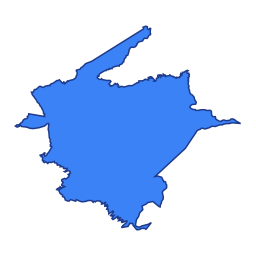 the district of Chapada dos Guimarães, Mato Grosso, Brazil
{"feature_id": "56859067B35702518946002", "entity_name": "Chapada dos Guimarães", "entity_type": "district", "adm_level": 2, "iso_a3": "BRA", "parent_name": "Brazil", "parent_adm1": "Mato Grosso", "projection": "albers", "projection_center": [-55.544, -15.094], "detail": "fine", "context": "isolated", "style": "filled", "palette": "blue", "viewbox_px": 256, "rotation_deg": 0, "n_neighbors": 0, "source": "geoboundaries", "source_scale": "gbopen_adm2", "svg_char_len": 5724}
<svg xmlns="http://www.w3.org/2000/svg" viewBox="0 0 256 256"><path d="M15.4,126.1L16.8,127.0L17.6,127.0L19.6,126.2L20.5,125.2L21.6,126.5L26.6,127.1L30.1,128.3L33.1,128.6L39.0,127.7L44.6,126.0L47.4,123.6L48.4,123.5L48.8,124.0L48.2,129.3L48.9,132.3L49.3,137.8L50.3,139.6L50.0,141.3L51.0,143.4L50.3,144.9L50.4,146.3L51.5,146.3L51.9,146.8L48.4,152.8L47.2,153.6L47.2,154.5L45.7,156.0L44.9,156.3L44.3,155.4L45.0,153.1L44.2,152.9L42.8,154.4L40.1,155.2L40.4,155.8L41.5,156.1L41.3,156.7L42.4,157.0L42.8,158.0L42.4,158.9L42.5,160.6L43.8,160.6L43.4,161.8L44.3,162.6L45.8,161.8L47.8,163.5L48.6,162.3L51.4,162.5L54.3,161.4L54.6,162.8L57.0,163.2L57.1,164.9L57.7,165.3L58.8,164.8L60.7,165.6L60.1,166.7L62.4,166.7L63.8,167.3L63.6,168.5L64.2,168.7L67.2,168.4L66.7,169.8L65.2,171.3L64.4,171.6L65.2,172.0L68.0,170.6L69.7,171.2L70.2,172.0L69.9,172.6L70.3,173.4L69.3,173.6L69.2,174.4L68.2,174.5L69.2,175.7L68.5,176.3L68.5,177.0L65.9,179.0L64.7,178.4L61.9,179.5L61.7,180.2L62.0,181.4L63.2,182.2L61.7,184.7L61.8,185.4L64.8,186.6L63.6,187.4L63.0,187.1L61.1,188.7L60.2,188.9L61.4,187.5L60.1,186.7L59.7,187.8L58.5,188.0L56.6,189.4L57.1,189.9L58.3,189.6L59.2,190.7L59.1,191.3L60.3,193.7L62.6,195.0L62.4,196.2L63.0,196.9L64.4,197.2L65.3,200.0L67.4,200.9L69.1,201.1L70.5,199.6L75.7,201.2L76.3,199.6L80.9,201.6L82.9,201.8L86.7,201.2L87.3,200.6L90.2,200.5L91.6,200.6L93.2,202.3L94.0,201.2L95.3,201.9L96.3,201.1L97.6,200.8L100.3,201.2L101.3,202.6L101.9,202.7L101.6,204.1L103.3,203.7L105.0,202.4L105.6,202.6L104.9,203.8L104.8,206.0L107.2,204.7L107.3,205.3L106.4,206.2L107.8,206.3L106.7,209.2L108.1,209.1L108.3,211.5L109.0,212.4L108.8,213.8L112.9,211.0L113.3,211.4L113.4,212.3L110.5,215.6L111.3,216.0L114.1,215.4L111.9,218.4L112.6,219.4L113.2,219.5L117.9,216.3L118.2,217.0L117.7,218.6L118.4,218.6L120.0,217.5L120.4,217.9L118.5,220.7L119.9,220.5L122.2,219.4L123.1,220.4L121.9,221.0L121.5,221.8L121.8,222.4L122.7,222.4L126.2,220.9L127.0,221.1L126.3,222.7L122.8,225.7L122.9,226.3L121.8,226.9L122.0,227.5L128.1,226.4L129.8,223.2L131.1,223.7L132.0,223.3L133.0,223.9L133.0,225.3L136.5,229.5L137.1,229.8L139.7,229.5L141.2,228.6L142.5,228.4L144.5,228.4L146.0,229.3L151.3,222.6L148.2,224.3L141.6,226.0L140.5,226.7L138.9,227.1L136.6,226.4L135.4,225.5L136.4,219.7L138.6,216.4L139.7,212.8L142.8,209.7L142.1,206.0L146.1,204.1L147.7,202.6L152.8,201.5L159.2,206.7L160.2,206.9L160.3,205.0L161.3,203.3L161.6,201.2L163.1,199.2L163.3,197.2L162.4,192.7L162.6,191.4L166.6,187.9L166.7,185.0L166.0,184.1L165.6,182.1L164.5,181.4L163.8,181.7L161.7,177.3L158.0,176.1L155.0,176.5L185.3,148.4L197.4,130.3L200.2,129.3L201.2,128.3L202.9,128.3L205.0,129.0L209.8,127.5L212.0,126.2L215.3,126.5L219.7,124.9L222.6,124.8L223.5,124.2L226.5,123.6L229.1,123.6L232.2,122.8L240.6,123.5L235.7,120.8L234.6,119.6L232.6,118.9L230.9,119.1L229.9,120.2L226.7,120.7L223.6,120.0L222.0,120.5L221.4,121.3L219.1,121.1L215.8,119.1L215.4,116.7L213.4,116.7L212.3,116.1L211.5,114.5L211.5,111.8L210.8,110.6L210.1,110.3L207.0,110.5L205.0,109.8L202.2,109.7L199.6,110.0L199.0,110.4L195.6,110.3L195.2,109.6L192.9,109.4L190.5,108.1L189.8,107.1L190.5,105.8L191.7,104.6L195.7,104.1L196.3,102.3L194.5,99.2L194.1,97.2L192.3,95.0L190.5,93.9L189.5,91.6L189.6,90.8L188.4,87.4L189.0,86.8L188.9,86.0L188.1,83.9L188.6,80.9L188.0,80.7L188.0,79.8L188.7,78.9L188.0,77.6L188.7,77.4L189.3,76.3L188.8,75.1L189.3,74.8L188.8,73.2L187.4,73.4L186.9,72.7L187.1,71.2L188.1,70.7L187.4,70.3L184.9,71.5L184.4,72.2L183.0,72.2L181.8,74.2L181.9,75.1L181.2,74.8L180.9,73.5L180.4,74.5L180.7,75.3L180.5,76.5L179.6,76.6L179.5,77.5L177.2,77.4L176.7,78.0L176.2,77.4L175.8,78.0L174.1,76.9L173.4,77.1L173.0,76.3L171.6,76.2L169.8,74.9L169.2,75.8L167.0,75.9L165.6,76.6L165.1,76.1L165.5,75.6L165.0,74.9L164.5,75.0L163.2,74.1L163.0,76.0L161.9,75.7L161.0,76.7L161.2,75.0L160.4,74.9L159.9,75.6L159.4,74.9L157.9,75.2L157.6,76.3L158.0,76.9L158.8,77.0L158.1,77.9L156.8,78.1L156.3,78.8L156.1,80.5L155.1,81.3L153.8,81.1L154.4,80.4L154.0,79.5L152.3,77.6L151.9,78.2L151.3,78.2L151.2,76.8L150.4,76.7L148.4,77.5L149.4,78.4L148.4,78.7L148.4,80.1L146.9,79.4L145.9,79.7L145.1,79.2L142.9,80.8L138.9,80.9L138.8,82.6L137.2,82.7L132.1,85.7L128.9,85.6L124.0,87.1L122.6,86.5L120.1,86.5L119.6,87.3L119.0,87.2L118.0,86.7L118.6,85.3L117.3,83.6L116.2,84.6L115.1,83.4L112.7,85.7L111.4,85.7L110.9,86.3L110.2,86.1L109.7,84.4L108.9,83.9L110.9,81.6L110.4,80.7L109.0,80.3L107.7,80.6L102.4,79.6L101.6,78.7L101.1,79.3L99.4,79.4L97.3,77.8L97.4,76.5L97.7,76.0L98.1,76.4L98.9,76.3L99.1,74.6L99.8,73.6L105.0,70.5L105.9,70.7L107.0,69.5L108.0,69.8L108.8,69.4L109.2,68.7L109.5,69.2L111.4,68.4L112.0,68.7L112.4,67.7L113.7,66.9L117.9,65.8L119.2,66.1L119.4,65.0L121.7,64.0L122.5,63.2L122.8,62.2L123.6,62.0L124.4,58.7L125.8,57.7L126.1,55.7L127.7,55.4L129.1,51.0L128.9,50.3L130.1,48.2L131.3,47.1L133.5,47.4L135.4,46.7L137.0,44.7L136.9,43.9L138.6,42.0L142.5,41.0L144.2,38.3L147.0,38.4L147.5,38.0L148.8,35.5L150.2,34.8L150.7,34.0L150.1,32.3L150.6,28.5L149.8,28.3L148.7,29.4L148.0,29.4L147.5,29.0L147.3,26.7L145.8,26.2L143.1,27.2L143.6,27.6L143.4,29.0L91.7,61.3L85.7,63.6L82.2,67.1L81.1,67.6L80.1,69.2L76.4,70.1L76.3,70.8L77.2,72.5L77.0,75.1L76.5,75.4L75.7,77.9L73.1,79.7L70.1,80.3L68.3,81.2L67.9,80.8L67.1,81.3L66.9,82.2L65.8,82.5L65.0,83.7L64.4,83.8L63.8,81.4L63.5,82.6L62.5,83.3L59.4,79.8L57.6,80.7L56.9,80.5L53.2,83.2L51.4,83.7L50.0,84.8L50.0,85.6L48.4,85.5L45.1,86.2L43.2,87.5L40.2,86.3L39.3,86.5L36.1,89.4L35.1,89.4L34.2,89.9L33.3,92.0L31.4,92.2L32.2,93.6L32.0,94.2L36.6,100.4L37.3,102.2L39.1,103.6L40.2,106.0L41.7,107.7L41.7,108.4L43.2,110.7L43.6,113.6L44.8,114.2L44.2,115.5L44.6,116.5L28.7,113.8L28.6,115.2L27.9,116.4L27.3,116.5L27.6,117.8L27.1,118.3L25.8,118.9L24.8,118.9L23.4,119.9L22.3,122.0L20.2,123.5L19.2,124.8L17.0,124.8L15.4,126.1Z" fill="#3b82f6" stroke="#1e3a8a" stroke-width="1.5"/></svg>